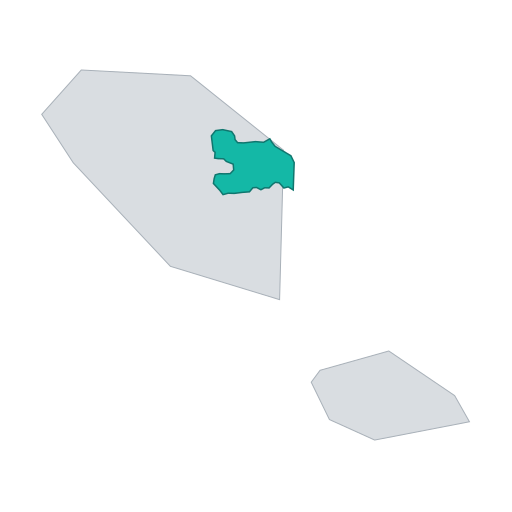 Rabat highlighted on a map of Malta, rotated 182°
{"feature_id": "MLT-5923", "entity_name": "Rabat", "entity_type": "state/province", "adm_level": 1, "iso_a3": "MLT", "parent_name": "Malta", "parent_adm1": "", "projection": "natural_earth1", "projection_center": [14.386, 35.882], "detail": "fine", "context": "in_parent", "style": "filled", "palette": "teal", "viewbox_px": 512, "rotation_deg": 182, "n_neighbors": 0, "source": "natural_earth", "source_scale": "10m", "svg_char_len": 997}
<svg xmlns="http://www.w3.org/2000/svg" viewBox="0 0 512 512"><g transform="rotate(182 256 256)"><path d="M475.1,390.1L437.1,435.8L327.7,433.8L232.1,362.6L230.9,213.2L341.2,242.7L441.9,342.8L475.1,390.1ZM188.0,144.0L120.0,165.7L52.6,123.4L36.9,97.8L131.0,76.2L176.9,95.1L196.4,131.8L188.0,144.0Z" fill="#d9dde1" stroke="#a8b0b8" stroke-width="1"/><path d="M246.3,373.6L244.3,370.4L240.7,366.2L224.6,357.4L221.1,350.7L221.1,323.3L226.2,326.2L230.5,324.9L235.3,329.9L239.3,330.3L242.0,328.2L245.3,324.5L249.7,324.5L253.4,322.4L257.8,324.5L261.5,324.1L264.8,319.9L271.9,319.1L280.0,317.8L286.0,317.8L291.1,316.2L294.4,320.3L297.4,323.3L301.1,327.0L300.5,332.0L299.5,335.7L295.4,337.0L290.4,337.0L284.7,337.4L281.3,341.2L282.0,347.0L289.0,349.5L291.7,352.0L297.4,352.0L300.8,352.4L300.5,358.2L302.5,359.9L304.8,374.5L300.8,379.9L293.7,381.1L284.7,379.5L281.6,375.3L281.0,371.6L278.3,368.6L272.2,368.6L260.5,370.3L252.4,369.9L246.3,373.6Z" fill="#14b8a6" stroke="#0f766e" stroke-width="1.5"/></g></svg>